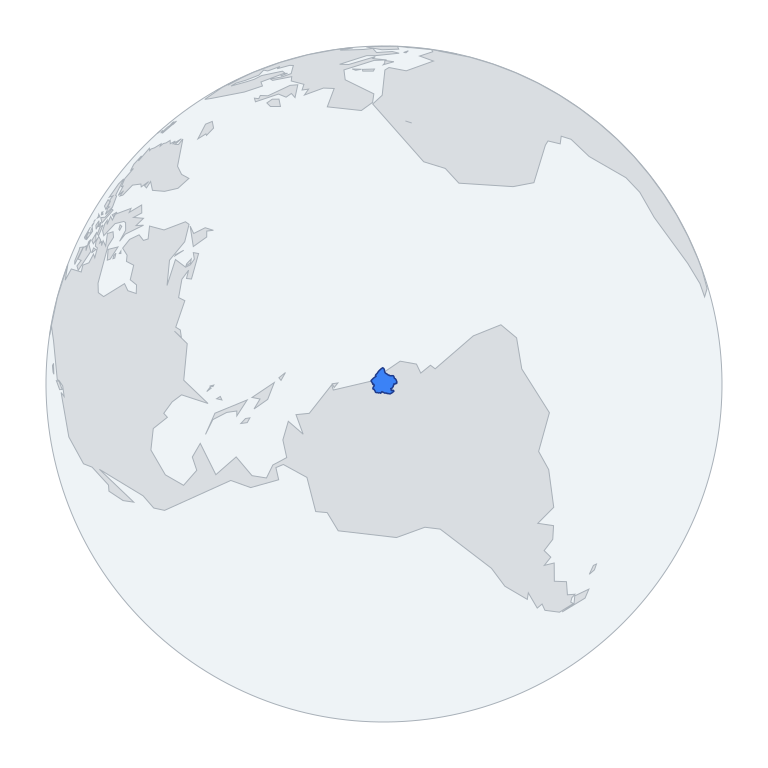 Suriname on an orthographic globe, rotated 309°
{"feature_id": "SUR", "entity_name": "Suriname", "entity_type": "country or territory", "adm_level": 0, "iso_a3": "SUR", "parent_name": "South America", "parent_adm1": "", "projection": "orthographic", "projection_center": [-56.071, 3.918], "detail": "medium", "context": "on_globe", "style": "filled", "palette": "blue", "viewbox_px": 768, "rotation_deg": 309, "n_neighbors": 0, "source": "natural_earth", "source_scale": "50m", "svg_char_len": 9467}
<svg xmlns="http://www.w3.org/2000/svg" viewBox="0 0 768 768"><g transform="rotate(309 384 384)"><circle cx="384" cy="384" r="338" fill="#eef3f6" stroke="#a8b0b8"/><path d="M276.8,63.5L277.8,63.2L264.0,70.9L276.6,68.6L280.5,78.2L286.9,75.2L292.5,78.4L302.1,76.5L300.1,79.8L309.4,75.6L309.4,73.0L313.5,70.5L319.1,69.5L317.6,73.2L314.5,74.3L317.0,74.9L313.8,77.4L318.6,75.6L316.0,80.9L326.9,74.4L331.8,77.6L327.8,81.5L317.4,82.7L282.4,98.3L275.2,104.5L275.5,111.1L298.7,119.2L295.3,126.2L298.4,134.5L305.3,129.3L305.3,121.2L318.8,114.7L317.2,106.7L322.4,103.3L325.1,95.4L336.3,95.3L345.8,99.8L344.2,106.7L348.3,109.4L359.2,102.4L365.3,116.1L385.1,127.6L385.4,132.0L369.1,139.6L345.2,139.4L324.0,153.4L349.5,143.6L349.9,156.3L354.8,158.5L361.7,158.0L366.1,153.1L368.7,157.8L344.4,168.3L341.7,164.1L349.5,160.5L338.2,161.0L321.9,170.0L323.4,176.8L297.1,186.4L297.8,191.7L292.5,197.4L293.2,187.9L291.5,205.7L260.9,226.0L258.1,259.5L248.2,233.5L236.8,230.6L222.6,231.3L221.8,236.6L204.2,232.7L186.0,244.4L175.8,271.2L179.1,292.0L199.1,292.8L206.6,281.0L222.2,278.6L207.7,310.4L234.3,315.0L229.7,339.1L237.0,351.8L251.1,348.6L265.6,354.7L276.9,340.6L294.8,333.1L294.1,352.8L304.8,334.9L314.2,344.4L350.4,343.9L347.4,348.4L377.7,371.9L411.9,382.2L419.9,396.7L415.6,405.7L427.8,408.3L428.0,414.2L477.6,423.1L503.6,437.6L503.3,458.0L482.4,481.6L465.8,530.6L428.9,546.6L421.1,565.9L395.0,593.5L372.5,591.2L380.6,604.9L369.5,612.9L355.3,613.3L354.4,622.6L343.9,622.7L352.0,628.9L337.9,640.5L345.2,650.2L335.6,659.2L340.8,664.7L336.1,664.5L332.0,666.4L332.6,669.3L317.1,664.0L309.4,651.5L312.5,645.3L306.3,644.1L312.5,627.6L306.8,630.9L302.9,605.2L308.4,583.5L306.6,519.0L298.4,505.9L272.5,490.3L241.1,440.8L248.3,420.8L241.9,411.2L262.9,382.9L258.1,356.4L251.0,352.6L243.3,362.4L219.6,345.6L212.6,325.6L147.7,293.0L142.7,283.1L145.5,267.2L138.6,216.5L134.7,263.9L129.2,254.6L127.6,237.7L132.1,233.5L135.7,209.5L132.9,200.7L144.5,172.4L174.2,138.4L173.0,143.3L180.3,135.5L182.2,129.3L181.8,127.3L209.4,100.2L219.6,89.3L211.6,93.4L222.2,87.5L216.1,90.8L245.8,75.6L276.8,63.5ZM254.9,271.0L285.5,287.7L266.6,289.7L270.4,286.6L263.0,279.7L248.6,273.4L232.5,277.0L254.9,271.0ZM272.0,252.3L266.6,251.0L272.1,250.9L272.0,252.3ZM180.4,127.3L181.6,129.8L177.3,137.3L175.5,135.5L180.4,127.3ZM189.6,114.8L192.1,114.2L183.8,121.3L184.9,119.4L189.6,114.8ZM318.8,96.2L321.8,95.8L319.8,97.4L318.8,96.2ZM317.0,93.3L312.4,95.5L310.8,94.5L313.7,93.2L317.0,93.3ZM323.1,91.0L308.7,92.6L306.1,91.0L315.0,84.9L323.1,91.0ZM307.0,72.7L307.2,75.4L301.8,74.3L307.0,72.7ZM302.5,72.7L280.0,74.8L282.5,71.1L289.5,70.8L288.5,67.5L300.7,64.5L304.0,65.7L300.0,68.5L307.8,65.3L302.5,72.7ZM314.7,69.5L310.0,69.9L311.7,66.6L321.6,65.2L317.9,66.6L314.7,69.5ZM282.2,68.4L285.3,66.1L296.0,62.9L298.7,61.7L301.2,64.1L282.2,68.4ZM320.3,66.9L326.6,64.7L330.9,65.5L319.5,68.9L320.3,66.9ZM308.1,66.5L309.4,65.0L311.9,65.3L308.1,66.5ZM349.6,68.3L343.8,68.2L344.3,66.3L349.6,68.3ZM328.6,63.8L327.1,63.6L326.6,63.0L331.5,61.9L328.6,63.8ZM308.6,62.0L312.5,61.4L308.2,60.8L316.0,59.0L316.3,61.1L319.5,59.4L321.9,58.9L319.4,61.4L308.6,62.0ZM335.1,59.2L338.1,62.3L348.7,62.5L348.6,64.0L331.6,63.5L335.1,59.2ZM326.1,60.2L331.6,59.8L328.7,61.5L323.1,62.9L326.1,60.2ZM321.3,57.1L309.1,59.4L309.5,58.9L321.3,57.1ZM338.7,58.8L337.9,58.1L339.8,58.6L338.7,58.8ZM327.3,57.1L322.9,57.8L323.5,57.2L327.3,57.1ZM339.9,56.5L340.9,57.3L337.1,58.1L339.9,56.5ZM334.6,56.5L336.4,55.5L335.2,57.9L332.6,56.8L334.6,56.5ZM328.5,56.4L327.4,56.3L330.3,56.2L328.5,56.4ZM353.6,53.6L353.0,56.4L344.7,57.9L346.4,54.8L353.6,53.6ZM344.1,675.0L318.9,665.9L332.6,670.1L339.4,665.6L353.5,672.3L344.1,675.0ZM365.3,663.3L374.8,660.9L377.8,662.4L372.0,664.5L365.3,663.3ZM623.8,145.9L621.6,143.8L616.4,138.7L623.8,145.9ZM613.6,136.1L617.5,140.1L622.3,144.5L625.6,148.3L621.5,144.7L618.4,141.3L615.9,140.0L631.3,157.8L637.8,164.1L636.9,169.6L647.6,181.2L650.6,187.6L633.7,170.6L628.3,163.9L604.5,148.3L610.1,155.5L632.9,171.2L629.9,170.5L637.5,182.1L629.3,172.7L602.9,155.2L596.0,162.4L603.1,193.5L595.7,197.9L582.3,194.3L563.7,165.5L582.3,159.3L575.9,150.7L558.5,140.3L565.7,139.8L560.9,135.3L566.5,133.2L561.1,121.2L564.8,118.9L549.8,106.3L549.6,103.8L558.6,111.6L566.8,116.5L574.5,113.1L572.2,110.1L561.8,102.6L565.2,103.3L554.1,96.6L552.2,92.9L545.3,92.4L532.9,85.3L524.6,79.6L519.3,77.6L532.7,87.2L539.1,91.4L546.7,94.8L563.2,108.2L563.3,111.3L541.3,98.3L539.1,102.0L523.0,91.7L496.7,69.6L492.4,65.6L512.5,71.5L521.0,75.3L518.0,74.6L532.7,80.8L525.8,77.6L528.7,78.7L517.5,73.6L518.1,73.8L543.9,86.3L568.5,100.9L591.8,117.5L613.6,136.1ZM509.6,70.3L505.8,68.8L509.6,70.3ZM686.4,233.1L682.2,225.2L678.5,218.4L678.1,217.6L677.3,216.3L683.3,227.6L677.0,216.7L692.1,245.2L701.3,267.7L708.8,290.7L714.7,314.3L718.8,338.2L721.2,362.4L721.9,386.6L720.9,410.9L718.1,435.0L713.5,458.8L707.3,482.3L699.4,505.2L689.9,527.5L678.8,549.1L672.6,559.7L661.5,575.0L653.5,578.3L660.9,566.3L668.9,544.1L683.5,489.1L694.0,462.1L696.6,442.3L689.9,400.3L691.9,375.4L688.1,365.8L681.5,369.8L676.1,358.5L671.2,359.1L634.8,373.8L618.6,360.1L587.2,315.8L590.1,296.0L581.7,275.0L594.5,199.0L607.2,200.9L628.6,187.1L633.1,188.7L641.4,204.2L666.1,219.2L661.3,205.3L672.9,212.8L673.8,210.6L654.9,182.0L653.5,184.7L642.5,172.1L635.0,158.5L635.2,158.0L654.5,181.5L671.6,206.6L686.4,233.1ZM601.9,235.1L604.3,241.3L601.9,235.1ZM351.6,343.6L355.8,347.5L349.9,347.5L351.6,343.6ZM263.2,297.6L270.0,298.1L273.3,301.1L267.9,302.0L263.2,297.6ZM322.7,298.4L330.9,300.2L322.0,301.7L322.7,298.4ZM290.5,289.9L316.1,297.8L298.8,303.3L282.8,298.7L294.3,297.1L290.5,289.9ZM267.2,263.2L271.3,264.6L269.6,268.1L267.2,263.2ZM276.1,252.4L274.3,252.7L272.6,249.8L276.1,252.4ZM351.3,155.7L353.3,155.0L359.9,155.5L356.2,157.6L351.3,155.7ZM392.9,146.7L396.1,154.7L391.3,150.0L386.7,153.7L370.8,149.3L384.7,134.0L381.2,141.4L392.9,146.7ZM353.4,140.6L361.9,144.2L352.0,140.9L353.4,140.6ZM528.7,116.1L535.0,117.9L539.3,123.1L534.5,128.9L528.2,121.1L528.7,116.1ZM542.9,119.5L522.4,106.5L524.6,103.4L526.9,107.1L530.4,106.3L534.9,112.4L557.0,123.1L562.3,128.7L550.6,134.6L551.5,129.2L545.3,127.4L542.9,119.5ZM466.3,88.2L457.4,85.1L473.6,81.8L480.0,85.3L475.6,90.5L465.5,89.6L466.3,88.2ZM341.5,81.0L337.1,81.8L337.5,80.5L341.6,78.8L341.5,81.0ZM346.9,68.4L361.3,76.9L357.0,78.0L370.6,83.0L364.5,88.1L355.8,84.5L361.4,92.8L351.1,91.6L356.1,97.2L337.5,88.6L328.5,88.7L340.9,86.5L346.8,81.6L346.6,79.5L339.4,74.1L322.9,72.9L326.1,68.8L332.8,66.2L337.2,65.8L333.7,68.4L342.2,66.1L340.5,69.7L346.9,68.4ZM408.7,52.0L402.8,52.8L419.5,53.3L417.9,55.0L419.9,55.0L423.1,57.0L430.4,59.6L428.1,60.4L432.0,61.2L434.2,62.9L438.7,64.5L436.2,66.7L441.5,68.9L437.3,68.8L447.1,72.2L438.7,70.8L440.7,73.5L447.8,73.5L423.3,86.5L419.5,94.8L421.0,103.0L406.4,100.7L395.6,92.2L388.8,82.2L394.5,75.2L386.9,76.0L387.3,73.2L393.2,73.7L384.4,71.3L386.4,69.2L380.3,63.4L366.5,62.2L363.9,60.5L370.3,60.0L363.3,58.8L373.6,56.8L372.0,55.7L380.6,53.3L393.8,53.7L391.0,52.6L397.4,51.3L408.7,52.0ZM356.3,52.9L372.5,51.8L379.6,52.6L361.7,56.7L361.8,57.9L350.5,61.7L340.5,60.7L344.6,59.6L346.3,58.5L348.8,59.2L348.0,57.7L353.7,56.4L354.6,55.1L359.7,55.0L356.3,52.9ZM631.6,182.5L633.8,182.6L635.9,181.1L640.7,188.9L631.6,182.5ZM613.8,170.6L614.9,169.2L622.8,178.4L620.5,178.8L613.8,170.6ZM608.8,161.0L614.4,168.4L610.0,164.6L608.8,161.0ZM558.9,110.3L559.2,108.9L561.9,110.5L564.8,113.5L558.9,110.3ZM457.8,57.3L453.3,56.8L451.8,56.2L439.7,54.0L439.9,53.1L447.2,54.1L457.8,57.3ZM658.5,187.2L662.2,193.0L660.3,190.7L659.5,189.1L658.5,187.2ZM654.0,190.6L658.3,193.2L655.3,192.7L654.0,190.6ZM456.0,55.9L451.0,55.0L454.2,55.2L456.0,55.9ZM439.4,52.4L442.0,52.4L438.5,52.8L439.4,52.4ZM436.1,50.2L441.0,51.0L438.3,50.7L436.1,50.2Z" fill="#d9dde1" stroke="#a8b0b8" stroke-width="1"/><path d="M395.2,375.5L394.8,375.9L394.2,376.5L393.5,377.5L393.5,377.9L393.4,378.1L393.4,378.6L393.4,379.1L393.6,379.4L393.7,380.1L393.5,380.6L393.9,382.1L393.8,382.3L394.2,382.7L394.1,383.2L394.7,384.1L395.0,384.5L395.5,384.9L396.0,385.7L396.2,385.9L396.2,386.3L396.1,386.8L395.8,387.3L395.1,388.3L395.0,388.6L395.2,389.4L395.0,390.5L393.8,392.6L393.3,392.8L393.0,393.3L392.6,393.3L392.3,393.4L392.1,393.2L391.9,392.7L391.7,392.6L391.2,392.7L390.5,392.1L390.4,391.8L389.9,392.1L389.6,392.1L389.4,392.1L389.2,392.1L388.6,392.4L388.3,392.4L388.0,392.7L386.0,392.9L384.8,392.3L384.7,392.2L384.6,392.3L384.3,393.0L383.7,393.5L383.6,393.8L384.0,393.9L384.3,394.4L384.9,395.1L384.8,396.0L384.6,396.2L384.3,396.2L381.8,395.7L381.6,395.6L381.1,395.3L380.3,395.1L379.9,394.6L379.5,393.7L379.2,393.4L378.9,393.0L378.9,392.6L378.5,392.2L378.4,391.5L378.2,391.4L377.9,390.8L377.8,390.7L377.6,390.4L377.4,390.3L377.3,390.1L377.3,389.6L377.2,389.4L377.2,388.8L377.1,388.6L376.9,388.4L376.8,387.3L376.7,387.2L376.0,387.2L376.0,387.3L375.3,387.3L374.7,387.1L374.7,386.9L374.7,386.4L374.3,385.9L373.6,385.4L373.4,384.8L373.2,384.3L372.5,383.5L372.3,382.9L372.3,382.5L373.0,381.4L373.1,380.8L373.6,379.6L373.4,379.2L373.2,378.9L373.2,378.7L373.4,378.3L373.6,378.1L373.8,378.0L374.1,377.9L374.4,377.7L375.2,377.6L376.1,377.6L376.6,377.5L376.7,377.3L376.7,377.0L377.0,376.7L377.3,376.5L377.3,376.4L377.2,376.2L376.9,376.2L376.7,375.6L377.0,375.0L377.1,374.8L377.4,374.4L377.5,374.5L377.7,373.8L377.8,373.3L378.2,372.1L378.7,371.8L381.7,372.1L383.0,372.4L384.8,372.9L385.0,373.5L385.0,372.9L384.9,372.4L385.4,371.9L386.5,371.8L388.1,372.0L389.4,371.8L391.3,371.8L394.1,372.2L395.3,372.6L395.8,372.8L395.9,373.4L395.9,374.0L395.7,374.6L395.2,375.5Z" fill="#3b82f6" stroke="#1e3a8a" stroke-width="1.5"/></g></svg>